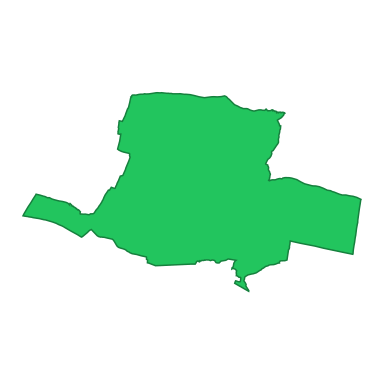 Padina, Mehedinti, Romania
{"feature_id": "2599482B34758771850495", "entity_name": "Padina", "entity_type": "district", "adm_level": 2, "iso_a3": "ROU", "parent_name": "Romania", "parent_adm1": "Mehedinti", "projection": "orthographic", "projection_center": [23.0, 44.441], "detail": "fine", "context": "isolated", "style": "filled", "palette": "green", "viewbox_px": 384, "rotation_deg": 0, "n_neighbors": 0, "source": "geoboundaries", "source_scale": "gbopen_adm2", "svg_char_len": 5980}
<svg xmlns="http://www.w3.org/2000/svg" viewBox="0 0 384 384"><path d="M248.7,291.3L248.8,290.6L245.9,286.1L245.9,285.7L246.1,284.6L246.0,284.2L245.2,282.7L244.0,281.0L244.0,280.3L244.5,279.1L244.6,277.6L245.2,276.6L246.9,275.6L247.7,275.0L251.6,274.0L253.1,273.8L256.3,272.8L259.9,270.4L261.1,269.9L262.2,268.6L263.4,268.1L265.7,266.4L268.0,265.8L269.0,265.1L270.2,264.8L273.8,264.6L275.8,264.0L278.1,263.1L279.5,263.0L279.4,262.0L279.9,261.3L280.2,261.0L281.1,260.8L284.9,260.7L287.0,260.0L288.4,250.5L288.4,250.0L289.0,249.2L289.3,248.5L289.5,247.1L289.4,246.4L289.8,244.6L290.2,241.0L300.6,243.3L315.0,246.1L323.5,248.2L343.5,252.4L352.8,254.3L353.0,253.7L353.1,252.8L353.1,252.1L353.4,249.4L354.1,244.8L354.6,242.4L355.2,237.8L355.7,235.3L356.5,228.7L357.3,224.2L357.7,222.7L357.8,220.2L359.4,208.5L360.2,203.6L360.6,200.8L360.8,199.9L361.0,199.4L356.8,197.4L353.1,196.3L349.4,195.8L345.9,195.0L342.0,195.0L341.0,194.6L340.0,194.4L338.4,193.8L334.2,192.1L332.3,191.6L330.6,190.7L327.3,190.2L323.4,188.3L319.3,186.7L315.8,186.0L312.9,185.9L311.8,185.7L304.6,183.8L300.8,181.9L296.8,179.6L291.7,178.1L289.1,177.7L285.1,177.6L282.7,178.1L281.9,178.9L280.0,178.5L279.2,178.6L277.1,179.1L275.7,179.7L274.1,179.9L272.9,179.8L271.8,179.9L269.3,180.8L268.6,180.3L268.7,180.1L269.5,179.4L269.5,178.2L269.6,177.5L269.8,177.3L269.9,175.9L270.4,174.2L269.8,172.9L269.5,171.6L268.7,170.4L268.3,169.0L268.5,168.7L268.5,168.2L268.6,167.9L268.5,167.1L268.1,166.4L267.8,166.0L267.8,165.1L266.7,164.5L266.1,164.3L265.7,164.0L265.7,163.6L267.8,159.4L269.7,157.9L270.9,156.2L271.4,154.8L271.7,154.1L271.8,153.6L271.5,152.0L271.9,151.3L272.5,150.8L273.1,150.6L276.3,145.8L277.9,143.6L278.5,142.3L278.4,139.3L278.7,137.9L279.0,137.1L278.8,135.3L279.6,132.6L279.9,129.9L280.4,129.2L280.7,125.9L279.6,125.8L279.6,125.5L279.3,124.2L277.4,120.4L277.4,120.1L281.0,117.9L281.7,117.4L282.4,116.4L283.4,115.5L283.7,114.9L283.9,114.1L284.9,113.2L284.4,112.7L283.7,112.7L283.5,112.4L282.7,112.5L282.1,112.2L281.0,112.8L280.5,112.2L280.2,112.1L279.4,112.2L278.6,112.8L278.5,112.7L278.5,112.3L277.8,112.1L277.5,112.1L277.2,112.6L276.8,112.9L276.5,112.7L276.6,112.2L276.6,111.9L276.1,111.3L275.0,111.1L274.7,111.3L274.5,111.0L273.9,110.7L272.9,110.8L273.0,110.4L272.7,110.3L272.7,109.9L271.8,109.9L270.9,110.5L270.2,110.7L268.0,110.8L267.9,110.6L267.5,110.6L266.2,109.1L265.7,109.3L265.6,109.8L264.7,110.2L264.5,110.4L263.6,110.3L262.7,110.3L261.1,109.9L258.8,109.9L254.4,111.0L253.6,111.0L251.9,110.6L250.3,110.1L247.9,108.9L246.8,108.6L243.8,108.6L242.8,108.5L242.1,108.1L240.2,107.5L237.7,106.1L234.9,104.9L234.2,104.4L231.0,101.2L229.3,99.4L228.1,98.6L227.0,97.3L226.2,96.6L224.6,95.9L221.3,96.6L217.3,96.9L213.9,96.7L211.5,96.8L204.4,97.7L199.1,96.8L194.1,95.5L189.9,94.6L186.2,94.3L184.3,94.3L180.0,93.7L178.6,93.8L172.8,93.8L171.1,93.4L169.7,93.5L168.8,93.3L167.0,93.3L161.3,92.7L160.2,92.9L157.1,92.7L156.0,92.8L148.9,93.9L146.1,94.0L144.6,93.8L143.0,94.2L140.8,94.2L139.0,94.4L136.0,95.1L133.9,95.0L132.4,95.1L131.9,95.5L131.5,96.3L131.6,96.8L130.9,97.0L131.0,97.2L130.6,98.2L129.8,102.2L128.6,107.1L128.2,107.9L128.1,108.4L127.6,108.8L127.4,109.3L126.4,112.0L125.8,113.6L125.1,115.8L123.5,119.0L123.3,119.7L122.7,120.5L122.4,121.4L119.3,120.8L118.9,122.7L118.9,123.9L118.3,127.5L118.7,128.6L118.4,129.9L118.3,130.7L118.0,131.7L118.1,132.1L118.0,133.8L119.2,134.2L120.8,134.1L119.7,141.1L117.6,149.1L119.0,150.2L121.5,151.4L123.7,152.1L129.2,153.4L129.5,153.7L129.7,154.0L129.5,155.3L129.9,156.8L130.0,156.9L130.1,157.2L129.0,160.5L125.9,167.9L125.4,169.7L122.8,175.5L120.3,176.1L118.4,180.8L117.1,183.3L116.7,184.8L115.8,186.4L115.1,188.3L114.9,188.4L114.5,188.4L111.3,187.3L109.5,190.2L109.1,190.3L108.4,190.1L106.5,193.0L105.4,194.5L104.0,197.3L103.0,199.8L102.1,201.2L102.1,201.6L101.8,202.0L100.1,204.7L99.2,205.8L97.9,208.0L96.0,210.1L94.2,213.0L93.4,213.6L92.9,213.8L90.3,213.9L89.5,214.6L88.7,214.7L85.2,214.1L83.6,214.2L81.1,214.0L80.5,214.1L80.2,214.0L80.1,213.8L80.1,212.8L80.4,211.9L79.9,211.4L79.3,210.5L78.9,210.2L78.5,210.1L78.4,209.8L78.2,209.7L77.8,209.9L77.6,209.8L77.6,209.5L77.1,209.3L76.6,208.8L76.5,208.5L76.0,208.5L75.8,208.4L75.8,208.2L75.0,207.5L74.4,207.2L74.1,207.2L73.8,206.8L73.4,206.3L72.7,206.3L72.6,206.0L71.5,205.7L71.7,205.3L71.7,205.1L70.0,203.5L69.4,204.3L69.3,204.7L68.8,204.0L67.9,203.2L66.1,202.4L62.6,201.5L58.8,200.9L54.2,199.7L51.7,198.9L49.5,197.7L47.3,197.7L46.6,197.3L44.9,196.5L43.5,196.2L40.3,195.2L36.1,194.2L35.9,194.7L33.1,199.0L31.0,202.5L28.0,207.0L24.0,213.8L23.0,215.8L24.4,216.1L28.0,216.6L29.0,216.9L31.5,217.2L32.9,217.6L39.3,218.6L44.3,219.8L45.1,219.8L52.3,221.9L56.2,223.3L58.7,224.6L62.2,226.0L70.8,231.0L77.4,234.6L81.4,237.1L81.8,237.0L82.6,236.5L87.3,232.6L89.4,230.5L91.3,229.5L97.2,235.7L98.7,236.6L100.7,237.1L101.5,237.0L102.6,237.2L104.3,237.3L106.6,237.9L112.4,239.2L112.7,239.5L113.4,240.1L114.7,242.1L116.6,245.4L117.3,246.4L118.6,247.4L120.6,248.1L123.1,248.8L125.0,249.5L126.0,250.1L127.3,251.3L128.8,251.9L129.7,252.6L132.1,253.7L136.7,254.5L141.2,255.8L146.3,256.9L146.5,257.1L146.5,259.3L147.6,260.0L147.4,262.8L148.8,263.1L155.5,265.7L160.6,265.5L191.0,264.1L195.2,264.1L196.1,262.7L196.5,261.8L197.4,261.1L197.9,261.1L198.9,261.4L199.2,261.9L199.4,261.9L199.7,261.7L199.7,260.7L199.9,260.6L200.6,261.0L200.9,261.0L201.9,260.4L203.4,260.5L204.5,260.0L204.9,260.3L206.0,259.9L208.8,260.0L210.5,260.6L212.2,260.0L214.0,260.3L214.7,260.6L215.7,262.2L216.2,262.7L217.8,263.0L219.2,262.9L221.0,261.1L225.3,260.4L226.0,260.2L227.5,259.3L228.4,259.0L236.0,260.3L235.2,260.9L234.2,262.5L233.8,263.4L233.3,266.2L233.2,266.7L232.9,267.2L232.3,267.5L232.0,268.0L231.9,268.9L232.2,268.7L233.7,268.6L235.2,269.2L235.9,269.8L236.3,270.5L236.7,270.8L236.6,271.2L236.4,271.4L236.2,273.1L236.4,273.3L236.5,273.6L236.3,275.7L237.2,275.8L239.0,277.3L240.5,277.4L240.8,277.9L240.8,278.2L240.4,281.2L240.2,281.7L240.0,281.8L238.4,281.7L235.7,280.8L235.4,281.2L234.7,283.3L248.7,291.3Z" fill="#22c55e" stroke="#15803d" stroke-width="1.5"/></svg>